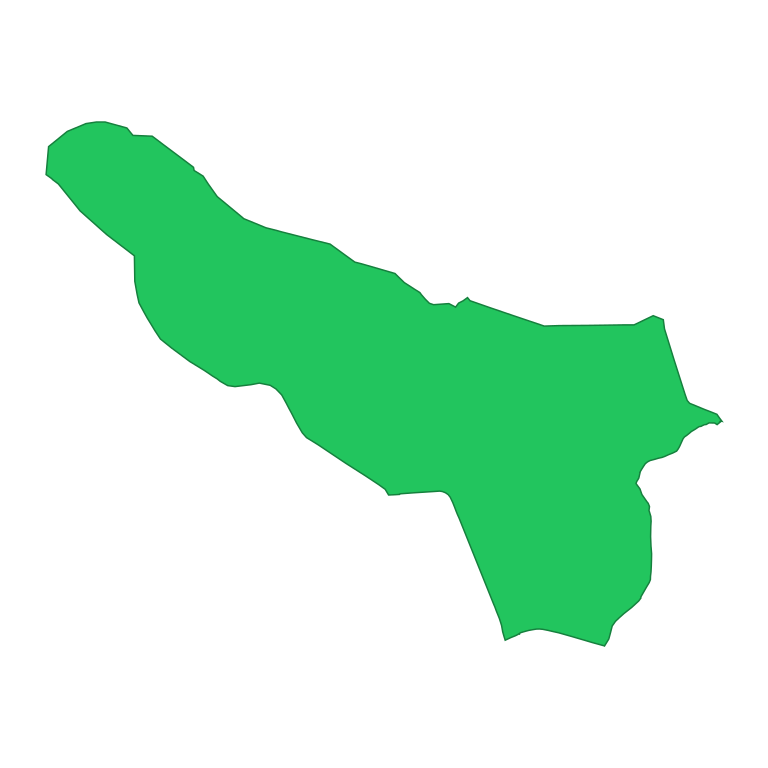 the district of Ifako/Ijaye, Lagos, Nigeria
{"feature_id": "59680162B46296414727789", "entity_name": "Ifako/Ijaye", "entity_type": "district", "adm_level": 2, "iso_a3": "NGA", "parent_name": "Nigeria", "parent_adm1": "Lagos", "projection": "orthographic", "projection_center": [3.317, 6.663], "detail": "fine", "context": "isolated", "style": "filled", "palette": "green", "viewbox_px": 768, "rotation_deg": 0, "n_neighbors": 0, "source": "geoboundaries", "source_scale": "gbopen_adm2", "svg_char_len": 2904}
<svg xmlns="http://www.w3.org/2000/svg" viewBox="0 0 768 768"><path d="M46.1,174.6L51.7,178.6L52.6,179.6L58.3,183.9L77.3,207.4L80.1,210.9L106.7,234.6L134.4,255.8L134.8,281.3L137.1,294.2L139.0,302.9L144.1,312.4L147.4,318.3L151.7,325.3L155.0,330.8L160.5,339.1L171.7,348.1L189.9,361.6L204.1,370.3L212.8,376.2L217.2,378.9L220.2,381.3L227.7,385.6L235.0,386.6L249.2,384.9L250.9,384.7L259.3,383.1L270.2,385.3L275.9,388.9L281.7,394.9L286.1,402.9L288.8,408.1L291.5,413.1L296.5,422.9L302.3,432.8L306.5,437.6L318.3,444.9L332.5,454.4L346.1,463.5L365.7,476.0L378.2,484.3L385.2,489.3L388.6,495.0L395.1,494.7L399.6,494.4L400.0,493.8L402.9,493.6L413.6,492.8L432.4,491.6L439.6,491.1L442.3,491.5L445.4,492.7L448.2,494.6L450.2,497.2L452.7,502.4L454.7,507.4L456.2,511.4L457.5,514.6L459.0,517.9L474.4,556.2L493.6,604.0L495.0,607.3L496.3,610.9L499.3,618.3L500.5,622.0L501.6,625.6L502.7,631.8L504.0,636.4L505.2,640.2L510.8,637.6L515.5,635.7L517.9,634.5L518.6,633.9L519.5,634.1L519.7,633.4L520.1,633.0L520.3,632.8L522.9,632.0L526.1,631.1L528.8,630.4L532.6,629.7L536.2,629.1L539.3,629.0L542.7,629.3L548.2,630.4L553.3,631.6L558.7,632.8L571.4,636.4L581.3,639.3L584.4,640.2L592.1,642.5L604.1,645.8L604.5,646.0L605.3,644.7L607.1,641.8L608.8,639.0L610.5,632.7L612.2,626.0L615.5,621.3L619.4,617.6L624.0,613.5L631.5,607.6L638.7,601.0L640.9,598.0L640.8,597.0L645.1,589.5L646.9,586.4L649.2,582.6L650.4,579.6L650.5,576.3L651.0,571.9L651.3,565.9L651.5,559.6L651.6,553.8L651.1,547.4L651.0,546.5L650.6,536.7L650.8,526.3L651.1,521.3L650.8,516.4L649.4,511.7L649.0,510.5L649.5,506.6L648.2,503.3L646.9,501.7L641.9,494.5L640.0,489.0L636.0,483.5L636.7,481.6L638.8,478.1L640.1,472.4L639.9,472.3L641.7,469.2L643.6,466.2L645.3,463.7L647.5,461.9L650.2,460.5L654.8,459.3L658.5,458.2L662.1,457.4L664.8,456.4L668.5,454.7L672.8,453.0L676.6,451.1L678.2,448.9L679.6,446.4L683.1,438.7L684.5,436.9L686.7,435.4L689.3,433.3L691.4,431.5L695.4,429.1L698.9,426.7L701.1,426.3L703.0,425.3L704.4,424.7L706.2,424.5L709.0,422.9L714.6,423.0L717.1,424.6L720.8,421.6L720.2,421.3L720.8,420.9L721.9,421.2L719.4,417.9L716.9,414.3L709.9,411.5L704.9,409.6L689.6,403.3L687.2,400.5L685.1,394.5L673.9,359.3L664.5,328.9L663.3,319.7L653.2,315.7L634.0,324.9L623.4,324.9L602.8,325.2L587.7,325.4L559.7,325.6L543.9,326.1L543.7,325.9L521.2,318.3L512.9,315.5L502.3,311.9L490.0,307.7L470.0,300.7L467.5,297.6L463.1,300.8L458.6,303.1L455.6,307.1L448.9,303.6L433.6,304.7L429.4,303.3L425.3,299.2L421.4,294.7L419.9,292.6L414.5,289.2L404.3,282.6L398.2,276.7L395.0,273.5L361.5,263.8L354.8,262.1L343.5,253.9L332.8,246.1L330.1,244.1L311.9,239.6L282.1,232.0L281.3,231.8L276.8,230.5L266.0,227.8L264.5,227.2L243.8,218.7L242.1,217.2L240.5,215.9L217.2,196.6L208.1,183.8L203.1,176.1L194.1,170.5L193.5,167.3L186.1,161.7L162.9,144.3L152.2,136.2L132.9,135.4L126.9,128.0L105.1,122.0L96.5,122.0L85.9,123.6L84.3,124.3L67.3,131.4L48.6,146.6L46.1,174.6Z" fill="#22c55e" stroke="#15803d" stroke-width="1.5"/></svg>